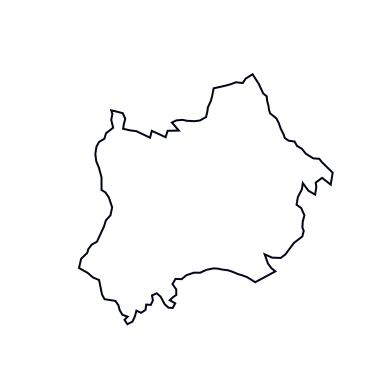 Campo Novo, Rio Grande do Sul, Brazil, rotated 64°
{"feature_id": "56859067B11672596232419", "entity_name": "Campo Novo", "entity_type": "district", "adm_level": 2, "iso_a3": "BRA", "parent_name": "Brazil", "parent_adm1": "Rio Grande do Sul", "projection": "albers", "projection_center": [-53.822, -27.67], "detail": "fine", "context": "isolated", "style": "outline", "palette": "ink", "viewbox_px": 384, "rotation_deg": 64, "n_neighbors": 0, "source": "geoboundaries", "source_scale": "gbopen_adm2", "svg_char_len": 1912}
<svg xmlns="http://www.w3.org/2000/svg" viewBox="0 0 384 384"><g transform="rotate(64 192 192)"><path d="M112.7,85.9L113.6,94.0L116.3,98.6L112.6,104.5L112.1,110.0L111.0,115.8L108.3,127.1L114.3,131.6L118.3,135.0L122.9,140.6L127.2,143.5L130.8,146.6L131.2,153.7L129.3,159.0L125.8,165.3L123.0,168.9L120.8,174.6L120.8,179.6L131.0,176.9L126.3,187.1L131.2,191.7L119.4,201.3L124.8,205.9L113.0,215.3L109.4,220.7L105.0,226.2L100.9,223.3L96.9,219.9L90.8,219.7L86.6,224.6L83.2,228.8L86.9,229.3L91.8,233.0L99.7,234.7L101.5,243.5L105.7,247.4L106.3,253.7L109.4,258.0L115.4,262.2L122.4,264.6L129.3,265.0L139.1,266.9L150.5,272.4L154.4,270.0L160.5,269.1L170.8,270.5L177.2,275.5L179.7,281.8L184.3,286.1L195.0,299.2L195.3,305.2L197.9,310.2L200.8,312.8L203.4,320.9L210.8,326.9L218.8,321.3L225.5,318.4L230.4,314.1L244.6,317.8L250.0,317.6L256.3,308.6L261.6,307.8L266.4,308.8L271.8,308.4L275.8,304.5L277.3,308.7L282.5,308.0L282.4,302.3L278.7,297.8L274.3,294.0L278.3,290.7L277.6,285.5L273.1,282.5L275.4,278.5L272.2,274.6L267.4,273.3L267.6,268.1L272.3,266.1L276.8,265.9L281.1,265.7L285.6,263.9L287.8,260.2L284.7,255.9L279.5,259.4L278.2,255.0L277.6,251.2L272.6,248.9L266.2,249.9L262.9,244.9L265.8,239.5L264.3,233.4L265.4,225.5L268.1,220.1L268.3,213.1L270.1,206.1L272.2,202.4L274.7,199.2L278.2,193.9L281.6,190.4L285.7,186.9L288.8,183.5L292.8,179.7L300.8,174.7L299.9,151.9L295.3,154.0L289.6,155.1L279.8,154.0L286.1,148.8L290.2,141.1L289.0,135.3L282.5,122.8L280.3,112.3L275.9,108.6L272.4,108.4L267.4,105.6L262.2,101.2L254.3,100.9L249.3,103.6L243.1,99.2L237.7,92.0L232.6,88.5L241.9,86.8L248.3,82.5L242.1,78.1L237.8,76.7L236.3,68.9L246.2,64.1L236.3,57.1L222.0,62.2L218.0,63.0L214.9,68.3L207.5,72.9L201.3,74.3L196.7,77.4L191.6,77.7L188.2,82.7L184.1,84.9L180.2,84.4L174.2,84.5L167.9,83.8L162.7,83.9L155.7,87.3L152.0,86.8L148.0,85.5L143.1,84.5L138.7,82.9L134.7,84.8L124.3,84.6L112.7,85.9Z" fill="none" stroke="#020617" stroke-width="2"/></g></svg>